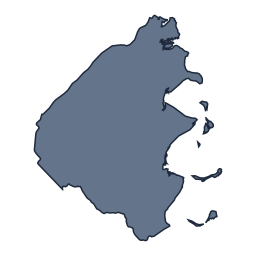 Palma, Cabo Delgado, Mozambique
{"feature_id": "85939544B28801965730987", "entity_name": "Palma", "entity_type": "district", "adm_level": 2, "iso_a3": "MOZ", "parent_name": "Mozambique", "parent_adm1": "Cabo Delgado", "projection": "natural_earth1", "projection_center": [40.456, -10.86], "detail": "fine", "context": "isolated", "style": "filled", "palette": "slate", "viewbox_px": 256, "rotation_deg": 0, "n_neighbors": 0, "source": "geoboundaries", "source_scale": "gbopen_adm2", "svg_char_len": 5912}
<svg xmlns="http://www.w3.org/2000/svg" viewBox="0 0 256 256"><path d="M150.8,236.1L151.4,236.8L154.1,236.2L164.2,229.1L169.7,226.1L169.7,225.5L168.7,224.3L167.8,224.1L165.9,222.2L165.6,221.5L164.7,215.7L165.1,212.2L165.7,210.8L167.7,208.9L167.9,207.8L174.3,200.2L175.1,198.0L179.4,192.5L182.5,186.9L182.4,186.6L182.0,187.0L182.0,186.7L183.6,181.2L183.0,178.9L183.7,178.3L183.6,177.5L177.5,175.0L176.4,175.4L175.8,174.4L173.1,173.0L171.7,172.9L172.2,173.5L173.4,173.7L173.2,174.0L170.7,173.6L170.1,172.0L169.3,172.3L168.6,171.2L168.9,173.6L169.4,173.8L169.8,174.8L169.8,175.4L169.0,175.7L169.1,174.7L167.7,172.2L167.6,170.3L168.0,169.3L167.7,168.4L167.6,169.4L166.1,168.6L164.0,169.7L162.7,168.8L163.1,164.5L164.6,162.9L164.9,161.2L165.7,162.7L164.2,164.4L164.4,165.0L165.5,164.9L165.5,164.1L166.2,163.1L166.9,163.4L166.2,162.4L165.4,157.7L165.2,159.3L164.9,159.0L165.0,157.1L165.6,157.5L165.9,157.2L165.2,156.6L165.4,155.5L166.5,156.0L166.3,155.2L166.8,155.1L166.3,154.2L165.6,154.6L165.9,153.8L166.4,153.8L166.0,153.3L166.3,151.9L168.3,149.0L167.9,148.7L168.4,147.6L168.8,147.4L169.0,147.9L169.4,147.3L169.3,146.4L169.9,146.2L170.0,145.0L171.2,143.5L178.7,135.9L189.9,129.8L194.6,124.6L195.2,122.9L195.0,122.6L194.5,124.0L193.9,123.9L193.7,125.1L193.2,125.0L193.5,124.3L193.2,123.3L192.3,124.2L192.7,123.4L196.2,120.8L197.1,119.7L195.5,118.3L191.8,118.0L185.3,116.1L173.8,107.4L165.6,102.8L165.0,103.0L165.6,105.9L165.3,108.0L164.7,109.1L163.4,109.7L163.4,110.4L162.6,110.1L164.9,107.1L164.7,105.3L164.2,107.1L163.0,103.0L164.0,101.1L163.4,100.3L163.6,97.4L165.5,92.2L165.6,90.5L166.8,88.9L168.5,88.1L168.5,88.8L166.6,90.8L166.0,90.8L166.0,92.2L166.5,93.0L167.1,92.8L166.9,92.4L167.7,92.3L167.0,91.5L167.0,91.0L168.6,92.1L168.8,92.6L169.0,91.7L170.7,92.0L180.3,83.6L183.2,80.6L186.7,78.6L188.7,78.4L190.0,79.8L191.3,80.4L196.4,81.1L199.8,83.8L202.1,82.8L202.4,79.7L202.2,78.3L201.2,76.1L199.1,73.8L197.1,73.0L194.1,72.9L191.3,72.4L189.2,71.5L187.6,71.5L185.7,69.0L184.5,65.1L184.8,59.5L185.6,56.6L187.7,55.8L187.6,54.6L188.6,53.4L188.3,52.5L186.6,51.6L184.7,51.2L182.1,48.7L180.1,47.9L179.1,46.8L176.8,45.5L175.5,45.5L174.3,46.1L172.8,48.1L169.9,49.4L165.8,49.4L164.3,48.7L163.1,49.5L163.3,46.6L164.2,45.7L164.4,44.7L164.2,44.1L162.4,44.4L162.0,44.1L161.9,40.4L161.4,40.5L161.0,41.9L160.2,42.1L160.2,41.4L161.4,39.5L163.0,39.6L162.6,42.1L163.0,42.9L163.7,42.5L164.9,40.7L166.1,41.2L166.8,40.9L167.2,39.2L168.2,38.6L169.6,38.8L171.2,39.8L171.6,39.6L171.5,38.1L171.9,37.9L172.2,39.4L172.8,40.1L173.9,38.8L175.3,38.8L175.0,37.7L176.1,37.6L177.2,38.5L177.5,37.8L178.1,38.4L178.6,38.2L178.6,36.4L179.6,34.4L179.3,33.5L178.1,32.6L177.6,29.9L176.5,28.0L175.8,25.4L176.4,22.7L175.7,22.5L175.3,20.5L174.3,20.2L174.5,18.8L172.4,17.6L170.1,17.9L169.9,19.8L169.2,21.1L164.9,25.3L161.8,26.9L161.3,26.5L162.1,25.5L161.6,24.1L162.3,21.5L164.0,22.6L165.1,21.1L167.1,20.5L167.3,19.8L163.8,19.1L160.0,16.9L159.2,17.3L159.3,18.8L158.9,19.3L158.2,19.3L158.3,18.3L157.9,17.4L154.8,15.4L153.6,15.9L151.9,18.4L149.7,17.7L148.2,21.7L146.6,24.3L145.5,25.5L141.1,27.5L139.4,28.7L137.7,31.6L134.8,39.7L130.0,44.6L126.5,45.8L124.3,45.1L120.5,44.9L112.1,45.9L101.7,53.1L92.9,62.4L90.6,66.1L88.0,69.2L83.5,72.8L77.2,79.9L72.4,83.5L68.0,90.0L64.2,93.6L55.9,99.7L53.5,102.2L49.4,108.1L43.1,114.2L41.8,114.3L40.4,119.6L37.1,122.5L36.4,123.7L36.5,124.7L38.7,126.8L39.0,128.2L36.5,131.6L35.9,133.5L34.4,149.4L34.5,150.8L36.0,153.3L40.5,158.4L40.3,159.6L38.3,161.7L37.7,163.1L38.3,164.2L62.5,189.3L62.5,186.7L63.4,186.3L65.7,186.7L67.2,185.7L68.4,184.0L69.3,184.1L70.2,185.0L74.2,186.8L76.1,186.8L77.3,186.2L78.0,186.6L80.4,186.5L82.6,191.3L87.2,198.1L90.4,200.4L91.3,202.1L93.6,203.7L96.8,208.9L99.4,210.1L102.2,212.6L104.1,213.5L106.8,212.4L110.0,213.0L112.9,212.7L115.6,213.1L118.3,212.3L124.2,214.3L125.3,217.5L126.5,219.0L126.2,221.3L127.5,225.7L128.5,226.8L130.2,226.9L133.0,228.3L133.5,231.8L134.3,233.6L135.8,235.7L139.4,239.6L141.0,240.3L143.4,240.0L145.2,240.6L146.7,240.3L147.6,239.0L148.0,237.1L149.0,236.2L150.8,236.1ZM220.8,168.9L219.4,168.7L218.0,170.2L217.7,172.0L215.7,174.1L211.1,175.1L208.5,176.6L203.9,178.1L199.9,177.8L195.2,175.8L192.2,175.9L195.7,179.1L201.4,179.6L202.2,180.2L201.9,181.0L202.4,181.2L202.8,181.0L202.5,180.0L203.6,180.0L204.2,179.0L204.4,180.0L203.3,180.5L203.1,181.2L203.9,181.0L205.9,179.2L211.2,176.5L212.5,176.2L214.4,177.4L215.8,177.0L218.4,174.9L217.8,175.6L218.1,175.8L219.3,174.6L218.9,174.3L219.3,174.0L219.3,173.3L219.7,173.7L220.5,173.8L221.1,172.8L220.9,172.1L221.6,171.6L221.1,170.5L221.5,169.6L220.8,168.9ZM207.8,120.0L205.4,117.2L206.4,118.3L206.1,119.8L206.8,120.2L207.7,122.3L208.2,122.5L208.0,123.4L207.6,123.6L207.8,125.1L208.5,125.7L209.1,127.2L210.5,127.5L209.0,127.7L208.2,128.3L207.4,126.0L205.9,123.4L205.4,124.3L205.6,124.6L205.4,125.4L204.4,126.9L204.5,130.2L203.4,133.8L205.0,133.3L204.2,131.9L205.1,132.0L205.9,132.8L206.9,132.5L206.9,132.0L208.0,131.4L208.9,129.5L210.0,128.1L212.4,127.4L213.3,126.3L213.2,124.4L212.4,123.3L210.7,121.5L209.4,121.2L207.8,120.0ZM215.9,211.6L212.7,210.9L211.6,211.1L210.7,211.8L210.2,213.5L209.4,214.7L209.5,215.8L208.0,219.0L205.6,222.8L207.6,220.6L209.0,220.2L209.0,218.8L210.5,218.5L211.5,218.8L212.3,218.1L213.5,218.8L215.2,217.1L216.9,216.6L215.9,211.6ZM204.5,101.9L202.2,101.2L201.6,102.1L200.8,102.0L200.0,102.8L202.8,104.6L204.0,106.0L204.8,107.5L205.6,111.2L206.5,107.8L207.0,108.9L207.7,103.9L206.6,102.1L204.5,101.9ZM166.7,44.2L165.4,42.5L164.8,42.5L165.1,45.3L164.1,46.8L164.2,47.7L166.3,48.2L169.5,47.9L172.2,46.1L172.5,45.3L171.9,44.1L170.9,43.5L166.7,44.2ZM199.5,224.7L196.4,223.9L191.9,221.1L188.3,219.9L189.3,221.3L194.4,224.4L196.2,226.0L200.0,225.9L203.8,224.0L199.5,224.7ZM171.2,41.8L167.9,39.4L167.6,40.5L168.3,41.8L167.0,42.8L166.8,43.4L167.7,43.7L170.5,42.7L172.5,43.4L173.6,43.1L173.5,42.5L171.2,41.8ZM199.9,144.1L197.8,142.1L198.7,146.7L199.9,145.0L199.9,144.1Z" fill="#64748b" stroke="#1e293b" stroke-width="1.5"/></svg>